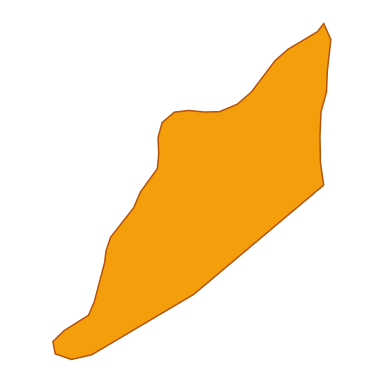 an SVG outline of Brunei and Muara, rotated 175°
{"feature_id": "BRN-1182", "entity_name": "Brunei and Muara", "entity_type": "District", "adm_level": 1, "iso_a3": "BRN", "parent_name": "Brunei", "parent_adm1": "", "projection": "natural_earth1", "projection_center": [114.909, 4.894], "detail": "fine", "context": "isolated", "style": "filled", "palette": "amber", "viewbox_px": 384, "rotation_deg": 175, "n_neighbors": 0, "source": "natural_earth", "source_scale": "10m", "svg_char_len": 583}
<svg xmlns="http://www.w3.org/2000/svg" viewBox="0 0 384 384"><g transform="rotate(175 192 192)"><path d="M243.3,196.6L224.4,218.4L221.8,233.1L221.1,249.1L215.7,263.8L202.6,273.1L188.0,273.5L172.8,270.6L157.7,269.6L139.2,275.5L124.2,286.4L97.6,315.8L83.6,326.0L53.2,340.7L46.1,348.3L46.0,348.0L40.4,331.8L46.6,301.0L49.3,279.9L56.5,260.6L59.7,236.2L61.5,209.9L60.2,187.4L199.2,89.9L306.1,38.6L326.8,35.7L342.4,42.7L343.6,55.1L331.6,65.0L305.8,78.3L298.9,91.2L285.2,129.3L282.8,140.7L277.2,153.8L251.5,181.4L243.3,196.6Z" fill="#f59e0b" stroke="#b45309" stroke-width="1.5"/></g></svg>